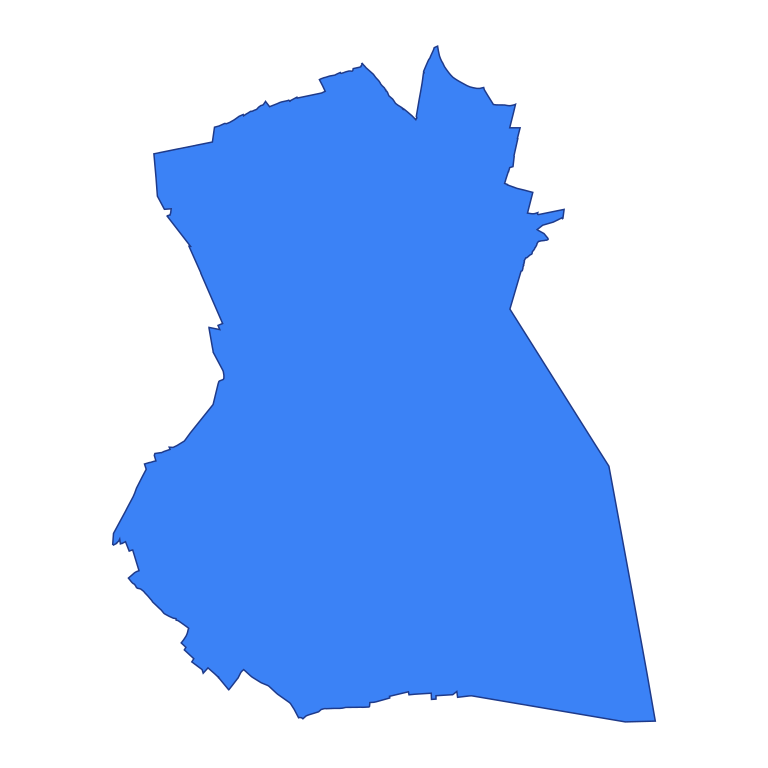 Maashorst, Noord-Brabant, Netherlands
{"feature_id": "6326949B62746426981431", "entity_name": "Maashorst", "entity_type": "district", "adm_level": 2, "iso_a3": "NLD", "parent_name": "Netherlands", "parent_adm1": "Noord-Brabant", "projection": "mercator", "projection_center": [5.647, 51.695], "detail": "fine", "context": "isolated", "style": "filled", "palette": "blue", "viewbox_px": 768, "rotation_deg": 0, "n_neighbors": 0, "source": "geoboundaries", "source_scale": "gbopen_adm2", "svg_char_len": 5935}
<svg xmlns="http://www.w3.org/2000/svg" viewBox="0 0 768 768"><path d="M655.3,721.1L647.2,674.6L642.9,650.9L642.8,650.3L638.4,626.4L631.6,589.2L611.5,480.2L608.9,466.2L594.0,442.7L509.9,309.1L521.0,271.3L522.1,270.8L522.3,270.5L522.4,270.2L522.9,268.4L522.9,267.6L523.3,266.0L523.7,265.6L523.7,265.4L523.4,264.6L523.5,264.3L523.9,264.0L524.0,263.8L524.0,263.3L524.0,262.7L524.4,262.0L524.4,261.6L524.1,260.9L524.2,260.7L524.6,260.2L524.8,259.4L525.4,258.8L525.6,258.1L525.7,257.9L526.1,257.7L526.7,257.8L528.2,256.6L528.7,256.0L529.3,255.7L529.8,255.2L530.1,254.9L531.2,254.4L531.8,254.0L532.0,253.7L532.1,253.2L532.2,252.4L532.4,251.7L532.6,251.4L533.8,250.1L533.9,249.7L534.7,248.7L534.8,247.9L535.4,247.4L535.7,246.8L536.0,246.3L536.7,245.0L536.9,244.4L536.9,243.8L537.6,242.6L538.4,241.6L538.9,241.3L539.7,241.3L540.7,240.9L544.5,240.5L545.4,240.2L546.5,240.2L546.9,240.1L547.8,239.6L547.8,239.4L548.1,239.3L548.1,239.0L548.0,238.6L547.9,238.3L544.2,233.8L543.9,233.5L538.3,230.4L537.1,229.6L542.7,225.2L553.3,222.1L562.0,217.8L562.4,218.7L562.9,218.4L564.1,209.4L538.4,214.6L537.7,214.4L537.6,213.8L537.6,213.3L537.8,212.6L535.1,213.5L534.0,213.7L532.9,213.8L531.5,213.7L527.5,213.1L532.8,192.4L524.2,190.1L517.1,188.4L507.4,184.9L507.5,184.5L504.6,183.4L505.3,181.2L506.1,178.5L508.4,171.4L508.6,171.5L509.0,170.1L509.7,167.6L513.0,166.6L514.2,156.3L514.0,155.7L517.8,138.6L517.4,138.5L520.1,127.8L509.7,127.8L511.3,121.5L513.7,111.9L515.5,104.3L514.4,104.8L511.8,105.4L510.1,105.7L509.0,105.7L507.3,105.5L506.2,105.3L504.6,105.0L496.3,104.9L493.4,104.5L487.6,95.2L484.3,89.7L483.7,87.5L479.8,88.4L476.8,88.4L473.1,87.7L470.0,86.9L467.1,85.7L460.5,82.1L457.9,80.6L455.5,79.1L452.8,77.2L450.7,75.0L448.7,72.6L446.5,69.6L444.5,66.7L442.7,62.9L441.7,61.3L440.5,58.7L439.5,56.0L439.0,53.8L438.3,50.5L437.6,46.1L434.2,47.7L433.5,49.9L430.3,56.9L430.3,57.2L429.7,58.3L428.8,59.5L428.0,61.1L425.7,66.4L423.6,71.4L423.6,71.7L423.8,72.1L424.1,72.5L424.0,72.8L423.7,72.6L423.6,72.3L423.1,75.6L422.7,78.8L422.1,83.1L420.7,91.2L419.2,99.4L416.3,116.4L416.5,116.6L416.8,117.7L416.7,117.7L415.8,119.7L412.0,115.8L407.2,111.7L404.4,109.4L404.5,109.4L404.3,109.3L403.5,108.8L403.6,109.5L403.2,109.5L402.3,108.5L402.0,107.7L397.8,105.1L396.2,103.9L395.4,103.2L393.8,100.7L392.6,99.0L389.0,95.9L388.7,95.4L388.5,94.9L387.6,92.6L387.4,92.2L386.6,91.1L386.2,91.1L386.0,90.7L385.8,90.1L385.7,90.2L384.4,87.9L383.8,87.3L382.1,85.7L380.7,84.0L380.0,82.6L378.7,80.7L376.0,77.8L375.2,76.8L373.4,74.3L366.1,67.8L364.5,65.9L364.4,65.9L362.2,63.4L361.8,63.7L362.1,64.2L362.0,64.6L361.1,65.7L361.0,66.6L360.4,66.9L359.6,67.2L353.2,68.6L352.9,70.1L352.8,70.5L352.4,71.0L351.5,71.2L350.4,71.0L349.8,71.0L349.0,71.0L345.9,71.8L343.5,72.7L341.3,73.4L340.6,73.2L340.3,72.5L336.5,74.2L335.1,75.0L334.4,75.2L329.8,76.0L328.8,76.3L325.7,77.3L324.0,77.7L321.0,78.8L319.4,79.6L322.6,85.8L325.2,91.3L321.6,93.0L297.2,98.1L296.9,97.2L290.5,100.6L290.0,101.3L289.8,101.3L289.8,101.2L288.8,100.2L287.3,100.7L281.7,101.9L279.8,102.5L277.4,103.6L269.6,106.7L265.5,101.4L265.0,102.3L264.3,103.2L263.7,104.1L262.7,105.1L261.0,105.5L260.4,105.9L259.0,106.9L258.5,107.3L256.7,109.3L255.6,109.8L254.4,110.2L251.9,111.4L251.6,111.3L250.8,111.3L250.2,111.6L247.7,113.2L246.4,113.9L243.6,115.8L243.2,114.5L239.1,116.3L235.1,119.2L233.6,120.2L232.5,120.8L229.7,122.4L226.5,123.7L225.2,123.5L224.5,123.5L219.0,126.0L214.5,127.2L212.4,142.0L174.1,149.7L153.9,153.8L156.0,177.5L157.4,196.2L164.4,209.3L171.2,208.8L170.7,212.6L170.3,214.2L169.9,214.7L170.0,215.0L167.8,215.6L167.9,216.0L167.2,216.2L172.7,223.3L190.5,246.3L189.0,246.3L200.8,272.8L200.8,273.3L222.6,323.5L218.0,325.4L219.8,329.6L209.0,327.4L209.0,328.0L209.7,332.1L212.3,346.9L213.1,351.1L213.1,352.1L222.8,370.3L223.3,371.6L223.9,375.3L223.9,378.2L223.7,378.4L223.7,378.7L223.5,379.1L223.3,379.4L222.9,379.6L219.4,381.0L218.9,381.5L218.1,383.9L213.1,404.5L190.4,432.8L184.4,441.0L176.9,445.6L173.1,447.4L169.2,447.2L170.1,449.4L163.9,451.5L161.4,452.7L161.1,452.6L154.9,453.5L154.7,454.1L154.3,455.4L155.9,460.9L153.6,461.4L150.5,462.4L149.5,462.5L144.5,464.0L146.2,469.3L142.5,476.3L136.5,488.1L135.3,491.4L134.8,492.9L133.1,496.8L127.2,507.9L125.3,511.6L113.5,533.4L112.7,544.4L113.3,544.6L113.5,545.0L116.6,543.4L116.5,543.1L117.9,541.8L118.7,541.2L119.7,539.1L120.4,543.9L121.8,543.3L122.0,543.5L125.5,541.7L129.2,551.1L131.4,550.3L132.7,550.0L139.0,570.7L136.8,571.5L136.0,571.9L134.5,572.8L128.4,578.1L131.6,582.1L132.4,582.9L133.1,583.5L134.1,584.0L134.3,584.3L134.7,584.6L135.6,585.9L136.5,587.6L137.6,588.3L140.5,588.9L143.0,590.8L143.8,591.5L145.0,593.0L147.7,595.8L150.6,599.2L151.8,600.6L152.5,601.8L153.1,602.4L159.4,608.4L161.2,610.0L163.9,613.3L164.7,613.9L169.1,616.3L173.3,618.2L176.0,618.6L176.1,620.1L178.0,620.6L180.5,622.3L186.5,626.6L188.6,628.2L188.7,628.5L188.2,629.5L187.5,632.5L187.1,633.7L186.6,634.9L186.1,636.0L183.7,639.7L181.2,642.9L185.9,647.3L184.3,649.9L193.8,658.7L191.8,661.9L202.1,669.6L203.2,673.2L208.0,667.9L214.7,673.8L218.1,677.0L218.3,677.4L218.6,677.1L218.8,677.5L218.7,677.7L228.7,689.8L228.9,689.7L232.3,685.4L237.2,679.0L238.0,678.1L240.1,673.9L240.7,672.7L241.1,672.1L242.0,671.1L243.7,669.6L250.5,675.8L252.1,677.1L260.6,682.4L261.3,682.8L267.8,685.5L268.9,686.2L276.0,692.8L277.6,694.2L289.5,702.6L290.6,703.7L291.0,704.4L294.2,709.4L298.6,717.8L299.5,717.5L301.5,717.7L301.6,717.8L302.9,718.8L305.9,716.1L306.6,715.7L308.9,714.8L314.8,713.0L318.6,711.8L321.2,709.5L324.1,708.7L325.0,708.6L326.4,708.7L334.0,708.4L339.7,708.4L342.7,708.1L345.8,707.4L357.3,707.3L360.3,707.2L362.9,707.3L368.9,707.0L369.4,706.6L369.5,706.4L369.8,703.7L369.8,702.6L370.0,702.5L373.8,702.3L376.2,701.8L389.4,698.1L389.8,697.9L389.5,696.3L408.4,691.8L409.0,694.8L415.0,694.2L431.2,693.2L431.5,699.4L436.0,699.1L436.0,695.8L436.0,695.7L452.7,694.7L453.0,694.5L456.8,691.5L457.6,697.3L469.5,695.9L471.6,695.8L625.3,721.9L655.3,721.1Z" fill="#3b82f6" stroke="#1e3a8a" stroke-width="1.5"/></svg>